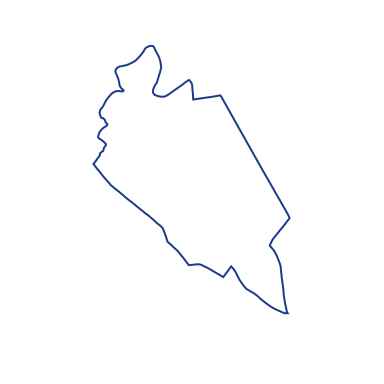 outline of An Phu, An Giang, Vietnam, rotated 335°
{"feature_id": "81297802B41294306698552", "entity_name": "An Phu", "entity_type": "district", "adm_level": 2, "iso_a3": "VNM", "parent_name": "Vietnam", "parent_adm1": "An Giang", "projection": "mercator", "projection_center": [105.093, 10.836], "detail": "fine", "context": "isolated", "style": "outline", "palette": "blue", "viewbox_px": 384, "rotation_deg": 335, "n_neighbors": 0, "source": "geoboundaries", "source_scale": "gbopen_adm2", "svg_char_len": 3728}
<svg xmlns="http://www.w3.org/2000/svg" viewBox="0 0 384 384"><g transform="rotate(335 192 192)"><path d="M236.6,89.2L236.1,89.2L232.2,89.8L228.0,90.8L222.9,91.7L217.9,92.6L213.0,93.5L211.2,93.8L207.9,94.0L206.9,93.7L205.6,93.2L203.6,92.2L201.2,90.3L200.3,89.4L200.0,88.9L199.5,88.6L199.3,88.4L198.6,85.9L199.2,84.1L199.9,83.0L201.1,81.7L203.4,79.8L206.6,77.8L209.5,74.5L212.2,71.4L213.2,70.4L215.5,67.7L216.5,66.6L217.5,63.9L218.5,60.3L218.6,59.4L219.1,56.5L219.0,52.8L218.8,49.4L218.8,47.7L218.8,45.7L218.7,44.4L218.3,43.3L217.5,42.7L216.6,42.2L215.3,41.8L212.8,41.7L211.6,41.8L210.5,42.1L209.4,42.7L207.3,44.3L202.1,46.9L200.2,47.7L196.5,49.0L194.4,49.3L191.9,49.5L190.1,49.5L186.4,49.4L184.6,48.9L182.8,48.6L180.9,48.1L179.8,47.7L178.8,47.7L176.9,47.8L174.9,48.6L173.6,50.3L173.4,50.8L173.3,51.2L173.2,51.7L173.2,56.4L173.1,57.6L172.3,61.9L171.7,63.5L171.5,64.6L171.4,65.8L171.8,68.2L172.1,68.9L172.7,70.3L172.8,71.2L172.2,71.6L171.6,71.5L170.4,70.9L169.2,70.0L168.0,69.4L166.7,68.9L164.7,68.5L162.3,68.6L160.5,69.0L159.1,69.6L157.2,70.5L153.3,72.4L151.4,73.7L149.9,75.0L147.4,76.9L144.9,78.1L143.5,79.0L141.9,80.8L141.5,81.6L141.5,82.2L141.3,83.2L141.1,84.9L141.1,85.6L141.0,86.1L141.1,86.5L141.4,86.8L141.6,87.0L142.3,87.3L142.7,87.6L142.9,88.2L143.1,88.8L143.2,89.1L143.5,89.5L143.4,90.2L143.2,91.2L143.3,92.0L143.3,92.8L143.4,93.4L143.7,93.9L143.9,94.2L143.9,94.7L143.7,95.2L143.2,95.6L142.5,95.9L141.7,96.0L140.6,96.2L139.4,96.3L138.1,96.6L135.5,97.6L134.1,98.3L133.2,99.0L132.2,99.9L131.8,100.4L131.2,101.1L130.5,101.8L130.2,102.4L129.9,103.0L130.4,104.0L131.4,105.7L132.3,107.2L133.0,108.9L134.1,111.3L134.2,112.5L133.8,112.7L133.4,113.2L132.9,113.8L131.5,114.4L131.0,114.8L130.1,115.6L129.5,116.5L128.9,117.2L127.8,117.3L124.9,118.1L124.0,119.8L120.2,121.9L116.3,124.2L114.5,125.0L115.2,128.1L115.9,131.2L116.8,134.4L117.5,137.6L118.2,140.5L118.3,140.8L119.2,144.0L120.1,147.2L120.3,147.7L121.1,150.3L121.2,151.3L122.3,153.5L123.8,156.7L125.4,159.9L126.9,163.0L128.4,166.2L129.8,169.4L131.3,172.5L133.0,175.6L134.6,178.8L136.0,181.9L137.5,184.9L139.0,188.0L139.6,189.1L140.4,191.1L142.8,195.3L145.0,200.3L147.3,205.8L148.8,208.8L149.9,211.5L150.2,212.1L149.6,221.5L149.0,224.8L148.9,227.0L150.4,230.2L152.4,235.5L153.9,238.7L154.9,242.5L156.4,248.7L158.2,257.0L166.7,259.9L167.8,260.5L169.6,261.9L174.5,268.0L184.4,282.3L185.7,281.6L189.9,279.4L192.4,278.1L193.0,277.7L193.3,277.5L193.9,277.1L195.3,276.4L196.1,276.0L197.3,280.1L197.7,283.8L197.8,287.6L197.9,291.5L198.5,295.1L199.2,298.6L200.2,302.5L202.7,306.3L205.4,310.0L207.3,313.7L208.8,317.5L210.9,321.8L213.2,326.1L215.7,330.3L218.3,333.8L221.8,337.8L223.9,340.2L224.5,340.9L227.5,342.3L227.4,341.7L227.4,340.2L228.1,337.6L228.5,335.7L228.7,334.8L229.3,332.3L230.0,329.4L230.6,327.7L231.6,324.2L233.4,319.6L234.7,315.5L235.9,311.5L237.1,307.6L238.5,303.7L239.3,301.1L240.8,297.3L241.3,294.4L241.4,293.3L241.7,289.6L241.9,285.9L241.7,282.3L241.5,279.7L241.1,278.1L240.1,274.7L239.8,273.5L241.9,271.6L244.3,269.6L246.4,268.4L251.3,266.0L253.7,264.8L260.8,261.4L268.2,257.6L269.5,256.9L269.5,255.5L269.5,254.3L269.2,249.4L269.0,247.1L268.8,244.8L268.6,242.9L268.5,241.5L268.3,239.2L268.2,236.6L268.0,235.3L267.9,234.1L267.8,232.9L267.7,231.8L267.5,229.8L267.4,228.2L267.3,226.8L267.1,224.9L267.0,222.7L266.8,221.0L266.7,219.9L266.6,218.4L266.4,216.2L266.3,214.5L266.1,212.1L265.9,210.7L265.8,208.9L265.6,206.8L265.4,204.2L265.2,202.8L265.1,200.5L261.2,149.8L259.4,125.3L258.7,116.7L258.4,116.4L250.1,114.1L248.4,113.6L246.3,112.9L245.0,112.5L239.5,110.9L236.3,109.9L232.2,108.7L233.0,106.7L234.1,103.9L234.9,101.8L236.3,97.8L237.3,95.2L237.5,93.9L237.6,93.2L237.5,92.2L237.4,91.4L236.9,90.3L236.6,89.2Z" fill="none" stroke="#1e3a8a" stroke-width="2"/></g></svg>